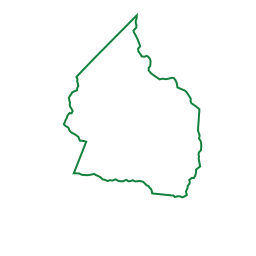 Capinzal do Norte, Maranhão, Brazil (orthographic projection), rotated 326°
{"feature_id": "56859067B19446581324934", "entity_name": "Capinzal do Norte", "entity_type": "district", "adm_level": 2, "iso_a3": "BRA", "parent_name": "Brazil", "parent_adm1": "Maranhão", "projection": "orthographic", "projection_center": [-44.307, -4.686], "detail": "fine", "context": "isolated", "style": "outline", "palette": "green", "viewbox_px": 256, "rotation_deg": 326, "n_neighbors": 0, "source": "geoboundaries", "source_scale": "gbopen_adm2", "svg_char_len": 2025}
<svg xmlns="http://www.w3.org/2000/svg" viewBox="0 0 256 256"><g transform="rotate(326 128 128)"><path d="M128.2,211.4L131.2,212.4L132.9,213.8L134.3,215.8L136.2,216.3L139.3,216.5L139.9,214.8L140.5,213.1L142.4,212.0L143.8,211.1L145.1,209.4L148.1,208.4L149.1,207.1L149.9,205.2L153.1,205.1L154.7,206.4L157.9,204.5L159.8,202.6L161.2,200.5L166.3,200.2L169.5,192.8L170.9,191.4L171.5,189.6L173.2,187.8L176.1,187.2L178.7,183.9L179.9,181.9L180.9,179.6L181.0,176.5L182.6,175.0L183.5,173.4L183.9,171.6L184.5,169.6L186.1,167.2L187.6,165.3L188.6,164.0L190.4,161.8L191.6,160.2L194.4,156.6L196.4,154.1L197.7,152.3L196.4,148.0L194.4,142.9L194.7,141.1L196.5,138.6L196.5,136.3L196.6,132.7L196.6,130.7L196.0,128.7L194.5,126.4L191.7,122.0L192.4,120.4L193.6,117.8L194.1,114.8L193.9,112.1L192.6,111.0L189.6,109.9L186.9,108.9L184.5,106.6L181.4,105.3L178.5,97.9L177.7,95.3L177.3,91.9L178.7,89.8L181.0,89.1L184.0,85.4L184.9,82.8L184.6,80.1L183.7,78.6L181.6,78.2L179.4,76.3L179.6,74.1L179.5,70.0L180.9,67.8L183.7,67.1L184.2,65.6L185.0,62.3L185.8,58.7L186.4,52.1L187.0,50.3L191.0,49.4L192.3,47.8L192.9,45.8L194.3,43.5L196.6,41.8L198.3,39.5L138.3,51.5L113.8,56.8L113.5,59.2L111.9,60.9L111.3,63.2L110.3,65.4L108.4,66.4L106.8,68.2L104.2,67.5L101.3,67.3L99.8,68.3L98.1,68.7L95.9,69.9L94.7,72.6L94.2,74.3L92.6,76.3L92.0,77.9L91.9,80.7L91.6,83.0L89.3,84.3L87.8,82.9L84.9,83.8L82.9,85.5L81.2,86.2L78.7,87.9L76.9,89.1L77.4,91.5L78.8,94.5L78.1,97.2L78.3,99.4L79.3,101.6L80.3,103.2L81.2,105.6L81.9,107.7L81.3,110.0L81.1,111.7L82.8,112.9L84.0,114.0L85.7,116.0L57.7,135.3L60.4,137.1L62.0,138.3L63.6,141.0L65.0,142.2L66.3,143.2L68.6,144.8L72.5,146.5L74.2,147.1L74.9,148.8L76.5,151.3L77.7,153.6L78.2,156.3L79.9,158.1L81.4,160.5L83.7,161.1L85.7,162.9L89.1,163.7L90.4,166.5L92.1,168.0L94.0,169.4L95.9,169.7L97.6,170.1L98.6,172.5L100.5,173.4L102.7,174.0L104.1,176.3L105.9,177.3L108.4,178.7L110.4,181.0L110.9,183.0L111.3,185.7L112.5,187.5L112.5,190.0L113.0,191.6L112.5,193.4L111.5,195.8L127.9,209.5L128.2,211.4Z" fill="none" stroke="#15803d" stroke-width="2"/></g></svg>